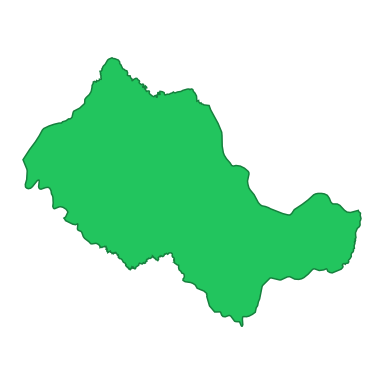 the district of Pho Sai, Ubon Ratchathani, Thailand
{"feature_id": "78962969B51244182519846", "entity_name": "Pho Sai", "entity_type": "district", "adm_level": 2, "iso_a3": "THA", "parent_name": "Thailand", "parent_adm1": "Ubon Ratchathani", "projection": "robinson", "projection_center": [105.326, 15.769], "detail": "fine", "context": "isolated", "style": "filled", "palette": "green", "viewbox_px": 384, "rotation_deg": 0, "n_neighbors": 0, "source": "geoboundaries", "source_scale": "gbopen_adm2", "svg_char_len": 5919}
<svg xmlns="http://www.w3.org/2000/svg" viewBox="0 0 384 384"><path d="M23.0,159.7L26.9,169.2L27.2,171.0L26.7,179.5L25.3,184.4L25.5,186.9L25.8,187.3L26.7,188.1L28.3,188.7L30.6,188.2L32.4,186.7L37.4,180.5L38.6,180.0L39.1,180.2L39.2,181.7L38.6,186.5L38.9,187.8L39.6,188.8L41.0,189.2L45.6,187.6L47.1,187.4L48.1,187.3L49.7,188.2L51.0,190.6L51.5,193.9L52.4,195.5L52.9,197.2L53.2,203.0L52.8,206.3L53.3,207.9L54.0,208.6L54.7,208.7L59.0,206.9L60.5,206.7L63.0,207.3L66.0,209.2L67.1,210.6L67.9,212.1L65.6,217.0L63.9,218.1L65.6,220.3L65.5,220.6L72.8,224.2L75.5,224.7L77.6,223.9L77.8,224.6L77.4,228.8L77.7,229.8L79.1,230.7L80.9,231.3L81.8,232.4L83.3,236.6L84.6,238.4L89.0,241.8L90.7,243.7L91.9,243.9L95.9,243.3L97.4,243.8L99.7,245.5L100.1,247.6L100.9,247.0L101.9,247.5L102.6,246.9L104.5,246.7L104.9,246.3L105.3,246.7L106.0,246.5L106.2,248.1L106.7,248.1L106.9,248.6L106.2,249.3L107.2,249.8L106.8,250.9L107.3,251.7L108.0,251.7L107.9,252.5L110.3,251.1L110.6,252.2L111.6,252.6L112.1,253.6L112.7,253.2L113.3,253.6L113.4,253.0L114.0,253.1L114.4,252.7L114.8,253.1L115.5,252.4L115.9,252.5L115.8,253.1L117.1,254.1L117.4,255.0L118.2,254.9L118.1,255.9L118.7,256.7L118.4,257.5L119.9,258.7L120.8,258.7L121.9,259.5L123.4,262.2L125.2,263.2L125.6,264.3L126.0,264.5L125.7,265.3L126.3,266.3L126.9,266.6L127.4,267.5L127.9,267.4L128.0,267.8L128.6,268.1L128.8,268.9L129.7,268.7L129.8,269.5L130.4,269.7L130.8,269.2L130.6,268.6L132.0,268.1L132.1,267.8L131.6,267.7L131.9,266.9L132.2,267.3L132.8,267.0L133.1,268.3L133.6,268.3L133.2,267.7L133.5,267.5L134.5,268.7L135.0,268.9L135.7,268.1L135.7,267.5L136.3,266.8L138.7,265.2L138.8,264.4L139.4,263.2L142.2,264.0L143.4,262.7L144.1,263.4L145.4,263.0L145.4,261.9L146.2,261.6L146.3,261.0L146.9,261.0L146.6,259.6L147.3,259.1L148.0,259.1L148.6,258.2L150.1,258.5L151.3,257.8L152.1,256.7L152.5,256.9L152.5,255.9L153.4,256.7L153.5,257.6L154.2,257.7L155.2,258.8L155.5,258.6L156.0,259.7L156.6,259.7L157.8,260.6L158.6,259.3L158.3,257.6L159.8,256.3L160.2,256.7L160.7,256.6L161.0,255.7L162.8,256.6L164.0,255.6L164.5,254.1L165.3,254.2L166.5,253.4L167.7,254.3L169.0,253.0L170.9,252.8L172.1,253.6L172.4,255.0L172.1,255.9L172.8,257.2L173.5,257.3L174.3,258.7L174.3,259.5L173.9,259.3L173.7,260.2L174.3,260.6L174.4,261.4L173.8,262.0L174.4,262.1L174.5,262.9L177.1,264.8L178.6,265.3L178.6,267.8L179.1,269.8L181.0,271.4L181.7,273.0L183.4,273.6L184.1,274.4L184.3,276.6L184.0,277.8L183.1,278.9L183.0,280.4L185.1,281.7L190.6,282.5L192.9,283.4L195.3,285.0L197.2,288.3L203.9,291.0L206.5,293.3L206.8,293.7L206.6,294.4L207.0,295.3L206.8,296.6L209.5,305.9L214.7,312.0L220.1,311.9L220.6,312.3L221.7,315.2L223.0,316.5L225.2,316.8L229.1,315.4L230.7,316.0L234.6,321.2L235.8,321.6L239.6,321.8L241.2,325.7L241.7,326.2L242.3,326.1L242.8,324.7L242.4,319.2L242.7,317.0L243.4,316.6L246.6,316.7L249.0,316.1L252.5,314.3L255.3,312.2L256.2,307.8L257.6,305.7L258.4,301.8L259.6,299.0L262.1,286.5L262.7,285.4L270.0,278.1L271.1,277.9L279.5,279.9L280.9,279.9L287.6,276.8L289.9,276.7L294.7,279.1L298.7,279.4L301.5,278.8L303.9,277.6L308.1,274.2L312.5,269.5L313.6,268.9L314.7,268.9L319.2,270.5L323.7,269.9L326.3,268.8L327.0,269.3L327.7,271.1L328.2,271.5L330.0,272.5L332.2,272.9L341.1,269.2L342.7,267.5L343.0,266.2L342.3,265.2L342.9,264.1L344.1,263.5L345.2,264.3L345.7,263.5L348.0,263.1L348.8,261.8L348.4,261.0L348.6,260.1L349.9,258.8L351.3,256.5L351.1,254.4L352.1,252.5L352.8,252.2L353.5,250.8L353.4,249.1L354.4,248.4L354.1,245.8L354.9,243.4L354.5,242.6L354.6,241.7L355.2,241.7L355.1,240.8L355.6,240.1L355.0,239.1L355.5,238.8L356.0,237.2L355.7,236.3L355.5,232.7L357.3,228.4L359.3,226.7L360.1,225.0L359.9,221.5L360.5,220.3L361.0,218.5L360.2,215.3L360.5,213.2L358.6,211.5L358.3,210.4L350.5,212.5L347.1,212.1L344.5,210.3L339.9,205.4L337.3,204.0L332.9,203.9L332.3,203.6L330.8,202.0L329.4,198.4L327.3,195.3L324.4,193.9L321.4,193.4L318.1,193.4L315.6,193.9L313.7,194.8L308.0,200.0L302.2,204.4L294.3,209.6L291.7,213.5L289.9,215.0L287.9,214.9L282.8,213.6L270.3,208.7L268.6,207.7L265.3,206.5L261.9,205.8L260.2,204.7L258.3,202.6L254.1,194.7L250.1,189.8L248.9,187.8L247.9,184.1L247.5,181.0L249.0,174.0L248.8,172.4L248.1,171.3L244.5,168.2L240.3,166.1L236.0,165.5L233.4,166.1L231.7,165.5L230.0,162.8L226.5,158.8L224.3,155.3L223.3,152.6L222.2,146.0L222.0,135.6L221.7,132.2L218.1,123.5L210.7,109.9L209.1,105.5L203.9,104.9L202.8,104.1L201.5,103.9L201.0,102.8L200.0,103.3L198.7,101.7L198.6,100.5L196.9,101.2L196.5,96.0L194.9,93.0L193.4,91.4L192.8,89.6L191.8,89.0L191.0,89.0L190.0,89.7L189.1,89.0L187.3,89.1L182.8,90.4L181.1,91.4L177.4,92.0L175.2,92.9L174.3,92.7L173.4,92.0L172.0,93.0L170.3,93.5L169.3,94.3L167.2,94.2L165.1,95.0L164.4,94.0L164.1,92.6L162.3,91.7L160.0,91.3L159.8,91.9L160.0,94.4L158.8,94.5L158.8,93.0L158.4,92.5L157.9,92.6L157.7,94.2L156.9,95.0L157.3,96.6L157.0,97.3L156.4,97.2L156.1,95.9L155.6,95.5L155.0,95.6L153.9,96.7L152.4,96.1L149.6,93.8L149.2,93.1L149.4,91.6L149.2,91.1L148.0,90.9L146.5,91.4L145.4,89.3L144.6,88.8L144.9,88.0L146.7,87.9L146.7,87.3L145.2,85.8L143.6,87.4L142.9,87.4L142.7,86.4L143.6,85.1L143.5,84.4L142.8,84.1L141.2,84.6L139.4,83.1L139.1,82.5L139.5,81.5L139.3,80.7L138.0,79.8L136.9,78.4L135.9,78.3L133.7,79.4L132.6,80.6L132.1,80.6L131.9,78.8L130.7,77.9L130.1,75.8L128.5,75.8L127.4,75.2L127.6,72.7L126.8,70.7L125.4,70.5L124.4,69.5L122.7,68.7L120.8,64.6L119.7,63.6L119.7,62.0L118.4,60.1L114.6,58.6L113.4,58.6L112.0,57.8L108.7,59.2L107.6,60.1L105.1,64.4L103.5,65.9L102.7,67.2L102.3,68.6L101.8,69.0L102.1,69.8L101.4,71.0L100.0,71.3L100.5,72.4L100.3,73.0L100.8,73.6L100.5,74.7L101.2,76.0L100.8,77.0L101.3,78.3L101.2,79.3L99.4,79.2L99.4,80.1L99.2,80.5L97.7,81.0L96.6,80.5L96.2,82.0L94.3,81.4L93.2,82.1L93.4,83.0L92.1,85.4L92.0,87.4L91.2,91.4L89.4,94.5L86.2,97.5L84.9,99.3L84.6,103.5L79.7,108.1L73.7,111.2L73.2,112.2L72.0,117.3L70.8,118.5L70.0,118.9L68.5,118.9L65.9,120.8L62.5,121.8L61.5,123.0L59.0,123.1L54.0,124.3L49.0,126.0L43.8,128.5L42.4,130.0L39.3,135.7L35.4,141.8L29.7,149.4L23.0,159.7Z" fill="#22c55e" stroke="#15803d" stroke-width="1.5"/></svg>